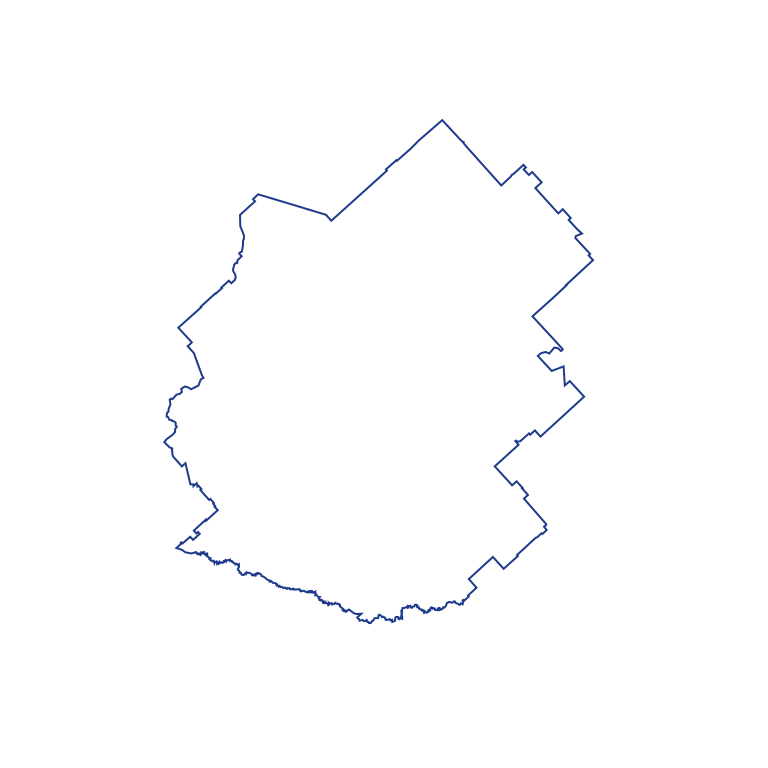 Temora, New South Wales, Australia, rotated 129°
{"feature_id": "25037944B57482962875901", "entity_name": "Temora", "entity_type": "district", "adm_level": 2, "iso_a3": "AUS", "parent_name": "Australia", "parent_adm1": "New South Wales", "projection": "mercator", "projection_center": [147.72, -34.383], "detail": "fine", "context": "isolated", "style": "outline", "palette": "blue", "viewbox_px": 768, "rotation_deg": 129, "n_neighbors": 0, "source": "geoboundaries", "source_scale": "gbopen_adm2", "svg_char_len": 6166}
<svg xmlns="http://www.w3.org/2000/svg" viewBox="0 0 768 768"><g transform="rotate(129 384 384)"><path d="M142.1,331.6L140.3,343.7L137.5,343.4L135.7,355.0L141.7,355.9L136.5,389.7L128.1,388.4L126.0,402.2L130.4,403.0L129.3,410.5L126.4,410.0L125.9,413.5L139.8,415.6L140.9,416.3L143.2,416.0L155.9,417.8L148.0,467.1L146.7,474.0L145.8,474.4L146.4,476.1L142.3,504.8L172.8,510.2L183.9,511.3L202.4,514.4L202.2,515.2L216.0,517.6L216.3,516.0L290.3,527.7L289.0,535.6L315.8,601.2L322.8,602.1L323.2,599.2L343.2,602.3L351.8,595.0L356.6,586.4L359.4,584.2L361.2,583.8L365.2,580.7L370.5,577.8L372.5,578.7L373.8,578.6L374.3,575.0L379.9,575.7L382.4,574.3L382.9,575.2L385.4,575.5L390.1,573.3L391.0,572.4L392.8,568.2L394.4,566.4L396.8,565.4L401.8,566.1L401.4,569.6L411.3,571.1L411.4,570.3L419.7,571.6L419.7,572.1L436.2,574.6L439.5,575.0L439.6,574.4L469.7,579.3L472.6,559.5L478.2,560.3L479.6,551.3L491.8,531.0L492.9,528.1L495.7,529.3L502.0,527.2L509.4,530.6L510.0,534.5L511.3,537.2L512.3,537.6L515.5,538.5L517.3,536.1L520.1,536.5L522.9,538.6L528.9,538.8L529.4,540.4L531.0,540.7L534.2,537.2L539.1,535.6L541.1,534.1L542.8,534.5L545.8,532.8L546.1,532.2L545.6,531.0L546.9,528.4L545.7,526.4L546.0,525.5L545.2,523.3L545.1,521.6L547.4,519.8L547.5,518.2L551.1,517.8L552.7,516.2L556.2,516.3L563.7,518.2L567.4,518.2L568.2,510.7L567.3,507.9L569.2,507.1L569.8,505.8L571.7,504.5L573.1,502.2L575.2,489.2L570.5,488.5L583.8,471.3L582.0,469.0L583.3,467.8L579.0,467.1L581.0,464.5L579.8,464.3L580.5,459.8L581.9,460.1L583.0,454.1L584.1,446.9L582.6,446.6L583.5,441.3L584.6,441.4L585.1,438.3L586.0,438.4L586.7,433.8L602.2,436.2L601.5,437.1L617.6,439.5L618.2,435.7L616.0,435.4L616.4,432.9L625.3,434.3L624.7,438.5L634.7,440.2L634.5,441.8L635.4,442.0L635.6,441.1L642.1,442.1L640.0,436.5L639.8,432.4L636.8,426.9L633.0,424.4L633.6,423.6L633.7,422.0L632.7,422.0L632.9,421.1L632.4,419.3L631.5,420.3L630.8,419.7L629.8,420.2L629.5,419.7L630.3,419.0L629.5,418.8L629.4,417.9L628.4,418.5L627.9,418.2L628.9,417.2L629.1,415.3L628.1,415.8L627.0,414.8L628.2,413.7L629.1,413.7L629.0,410.3L629.7,409.8L628.7,409.1L629.6,408.5L629.3,407.9L629.9,408.4L630.3,407.9L629.5,406.4L629.7,405.8L628.7,405.1L629.7,403.4L628.8,403.9L628.7,403.0L627.3,402.5L628.9,400.5L627.8,400.3L628.1,399.5L627.4,399.4L626.8,400.0L626.6,399.2L625.5,399.8L625.6,398.3L624.3,397.4L624.3,396.6L622.9,396.1L622.4,396.9L621.9,396.2L620.8,396.4L621.1,395.2L620.2,395.7L618.7,393.8L617.4,393.2L618.4,392.0L617.3,391.0L617.8,390.4L617.4,389.8L617.8,388.6L617.1,386.6L617.8,386.0L616.2,384.8L616.7,383.3L615.6,383.2L617.2,381.6L619.7,381.2L620.4,380.5L620.2,379.1L621.5,377.5L620.9,377.1L621.0,376.0L621.8,374.8L621.2,373.4L619.7,372.4L619.0,372.7L618.7,371.7L616.8,372.4L616.8,371.3L615.3,369.6L615.1,367.0L615.6,366.4L614.9,365.9L615.8,364.9L614.5,365.5L613.8,363.2L612.9,363.5L613.1,364.6L611.1,363.7L611.7,363.1L611.3,362.6L609.7,362.3L609.4,359.6L610.3,358.6L609.5,356.2L609.4,350.8L608.4,348.6L609.4,348.2L608.2,347.3L608.5,345.2L607.7,344.3L606.9,341.8L607.5,341.5L607.2,340.9L608.1,340.3L607.2,339.0L607.6,338.1L606.6,338.0L606.9,336.4L605.8,335.5L605.9,333.8L604.5,332.8L604.5,331.2L603.7,330.9L604.0,330.4L602.2,329.2L602.6,327.7L601.9,327.3L600.7,325.1L600.1,325.5L599.8,323.9L596.6,320.5L597.4,319.0L596.0,319.0L596.9,318.6L596.9,317.5L595.1,316.2L594.7,313.6L593.6,312.8L594.0,312.1L593.1,311.5L592.2,311.9L591.7,311.2L592.4,310.2L591.9,309.7L590.8,310.6L590.2,309.4L591.0,308.4L589.2,307.2L590.4,307.1L590.3,306.3L589.3,306.0L590.0,304.8L591.4,304.4L590.5,303.3L590.8,301.1L590.0,299.8L591.8,299.7L591.7,298.9L592.5,298.1L591.3,297.0L591.8,296.5L591.0,296.0L590.9,295.4L591.5,294.6L590.7,293.5L592.3,293.9L592.6,293.4L590.6,291.2L590.2,289.7L591.0,288.1L589.7,287.8L588.7,289.0L588.7,287.6L587.4,287.0L587.9,285.5L587.0,285.4L586.1,284.2L584.7,284.2L584.8,282.7L583.7,281.7L583.9,280.6L583.1,279.8L583.2,279.2L584.5,278.5L584.5,274.2L585.7,274.1L585.8,272.0L585.3,271.2L584.7,272.2L584.1,271.5L584.7,270.1L581.3,269.4L581.1,263.1L580.0,260.5L576.9,257.1L582.2,257.9L582.6,257.2L582.4,255.3L583.3,254.1L580.7,251.9L581.0,250.6L580.3,249.5L578.3,249.0L579.3,247.1L578.8,246.5L579.3,245.2L577.9,243.8L576.3,244.3L574.9,243.5L572.1,244.0L569.5,241.2L567.3,242.7L566.3,242.6L565.8,240.9L566.4,238.7L565.4,238.2L565.0,236.8L565.4,236.1L565.2,235.4L566.2,234.6L566.1,233.8L563.3,231.7L563.1,231.1L563.7,230.3L562.2,229.4L563.7,227.8L561.1,226.3L559.2,227.8L557.8,228.2L556.1,226.4L556.4,225.6L557.4,225.0L557.2,224.0L555.6,223.9L555.1,222.1L553.5,223.3L553.7,224.5L552.8,225.0L552.3,224.7L551.4,225.9L550.5,225.9L549.8,226.6L550.0,227.4L548.9,227.9L548.4,227.5L546.4,228.6L545.1,227.1L542.7,226.0L543.2,224.9L542.7,224.5L541.3,225.7L540.7,224.1L539.8,223.9L540.8,222.4L540.3,221.6L539.9,222.0L538.0,220.7L536.0,221.0L535.2,219.9L535.0,218.8L536.4,218.5L536.5,217.5L535.6,216.3L536.4,215.8L536.6,214.8L535.6,213.1L536.3,212.0L535.2,211.4L534.8,210.0L536.1,209.8L536.7,208.8L535.3,208.3L534.7,206.7L532.6,207.0L532.7,206.1L531.5,206.4L531.0,205.9L530.8,206.7L529.6,206.4L528.2,206.9L527.5,206.1L528.1,205.0L527.1,204.6L526.5,203.2L527.4,202.6L527.3,201.8L525.3,199.0L524.8,199.4L524.6,200.7L523.7,200.7L523.0,199.6L523.8,198.0L523.0,197.4L522.1,197.4L521.7,196.9L520.2,197.5L519.7,196.4L517.6,196.2L514.6,197.3L512.3,196.2L511.4,193.8L510.0,192.8L508.9,192.9L508.4,191.7L509.1,190.4L508.1,187.7L508.2,186.6L507.5,186.0L506.1,186.2L505.7,184.3L503.3,185.4L503.2,186.4L502.5,186.8L501.5,186.2L501.6,185.3L495.7,184.4L495.5,185.6L484.1,183.9L482.2,195.3L449.9,190.5L452.3,174.7L433.4,171.7L433.2,173.0L408.0,169.3L406.8,168.5L400.9,167.6L400.9,166.5L395.1,165.7L394.2,169.8L391.3,169.3L390.8,169.9L385.0,203.1L379.6,202.3L378.2,211.1L377.6,210.9L376.2,219.7L382.1,220.7L378.3,246.1L346.6,241.2L345.7,246.0L345.0,245.9L344.7,244.0L342.9,242.1L331.1,240.2L331.4,238.5L325.1,237.5L326.4,229.3L267.9,220.5L264.8,241.4L271.3,242.6L257.3,255.5L268.3,261.9L265.4,282.1L261.8,281.6L258.0,279.1L257.1,277.8L256.3,274.7L248.6,274.6L246.8,271.5L247.0,267.2L244.9,266.7L244.4,267.2L238.0,311.2L209.8,306.7L192.6,304.3L192.6,304.8L156.2,299.5L155.3,305.9L153.2,305.6L150.1,327.3L148.3,328.0L142.5,324.8L142.1,331.6Z" fill="none" stroke="#1e3a8a" stroke-width="2"/></g></svg>